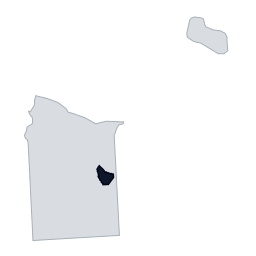 location of Nkue, Kié-Ntem, Equatorial Guinea, rotated 87°
{"feature_id": "11065452B3926826010895", "entity_name": "Nkue", "entity_type": "district", "adm_level": 2, "iso_a3": "GNQ", "parent_name": "Equatorial Guinea", "parent_adm1": "Kié-Ntem", "projection": "orthographic", "projection_center": [10.46, 2.021], "detail": "fine", "context": "in_parent", "style": "filled", "palette": "ink", "viewbox_px": 256, "rotation_deg": 87, "n_neighbors": 0, "source": "geoboundaries", "source_scale": "gbopen_adm2", "svg_char_len": 2829}
<svg xmlns="http://www.w3.org/2000/svg" viewBox="0 0 256 256"><g transform="rotate(87 128 128)"><path d="M234.8,142.2L234.9,159.4L235.0,173.9L235.1,189.6L235.2,206.0L235.3,219.8L235.4,228.8L220.2,228.7L200.1,228.7L179.9,228.6L159.8,228.5L149.7,228.5L138.5,228.5L134.9,228.9L132.5,231.2L129.5,231.7L126.1,229.8L121.9,228.8L120.7,226.9L118.7,223.2L114.5,222.8L112.4,223.2L109.4,225.3L106.1,226.4L106.7,224.7L100.1,220.2L95.3,219.8L90.9,218.4L94.5,206.8L98.9,196.5L105.6,188.7L109.2,186.8L110.3,183.0L115.6,170.3L122.1,160.0L120.1,149.6L121.7,132.1L123.6,132.6L123.9,134.2L124.3,136.7L126.8,138.8L134.9,142.2L159.2,142.2L173.6,142.2L195.0,142.2L217.6,142.2L234.8,142.2ZM43.0,24.3L44.8,24.6L55.9,24.3L58.9,28.2L58.5,34.0L47.1,50.8L45.0,57.9L40.6,63.9L36.8,64.4L23.6,60.8L21.4,58.7L20.6,55.8L21.9,49.1L22.9,47.1L29.2,45.8L31.2,44.7L34.6,37.5L35.7,30.9L38.6,25.9L43.0,24.3Z" fill="#d9dde1" stroke="#a8b0b8" stroke-width="1"/><path d="M183.3,155.7L183.3,153.2L183.3,150.6L180.3,148.1L176.7,145.1L173.5,145.1L173.3,145.1L173.3,145.8L173.1,146.3L172.7,146.7L172.5,149.2L172.4,149.3L172.1,149.3L171.9,149.6L171.9,149.8L171.8,150.0L171.9,150.3L171.9,150.5L171.7,150.7L171.5,150.8L171.5,151.0L171.4,151.3L171.6,151.5L171.6,151.8L171.5,152.0L171.4,152.0L171.2,152.1L170.9,152.1L170.9,152.4L171.0,152.5L170.9,152.5L170.9,152.8L170.9,153.0L170.9,153.3L170.7,153.4L170.4,153.4L170.3,153.5L170.2,153.6L170.1,153.9L169.9,153.9L169.8,154.0L169.7,154.0L169.4,154.1L169.2,154.3L168.9,154.5L168.7,154.6L168.4,154.8L168.2,155.0L167.8,155.3L167.6,155.5L167.4,155.7L167.3,155.8L167.1,156.0L166.9,156.2L166.7,156.4L166.5,156.5L166.4,156.6L166.2,156.9L166.1,157.0L165.9,157.1L165.7,157.3L165.5,157.5L164.9,158.1L164.7,158.2L164.5,158.4L164.2,158.7L164.9,159.1L165.0,159.1L165.4,159.2L165.5,159.3L165.7,159.5L165.6,159.8L165.9,159.9L165.9,160.0L166.1,160.1L166.3,160.2L166.7,160.4L166.8,160.4L167.1,160.6L167.2,160.8L167.3,160.8L167.3,161.0L167.5,161.1L167.8,161.0L168.0,161.0L168.2,160.8L168.3,160.8L168.4,160.6L168.5,160.6L168.7,160.4L168.8,160.4L169.0,160.4L169.1,160.5L169.3,160.5L169.5,160.8L169.6,160.7L169.8,160.3L169.9,160.2L170.0,160.2L170.2,160.3L170.4,160.3L170.5,160.4L170.6,160.5L170.8,160.5L170.9,160.4L171.0,160.4L171.3,160.3L171.4,160.2L171.6,160.0L171.8,159.9L172.0,159.9L172.1,160.0L172.3,160.0L172.5,160.1L172.7,159.9L172.8,159.9L173.0,159.9L173.4,159.7L173.5,159.7L173.7,159.8L173.8,159.8L173.9,160.0L174.0,160.0L174.1,159.9L174.1,159.7L174.3,159.6L174.5,159.7L174.5,159.8L174.6,160.1L174.7,160.3L174.8,160.3L175.0,160.3L175.2,160.2L176.3,159.7L176.7,159.3L177.0,159.0L177.8,159.0L178.4,158.8L178.5,158.7L178.8,158.4L179.0,158.1L179.3,157.7L179.9,157.4L180.6,157.5L181.0,157.3L181.3,157.0L181.3,156.6L181.5,156.2L182.0,156.0L182.4,156.1L182.9,156.0L183.1,155.7L183.3,155.7Z" fill="#0f172a" stroke="#020617" stroke-width="1.5"/></g></svg>